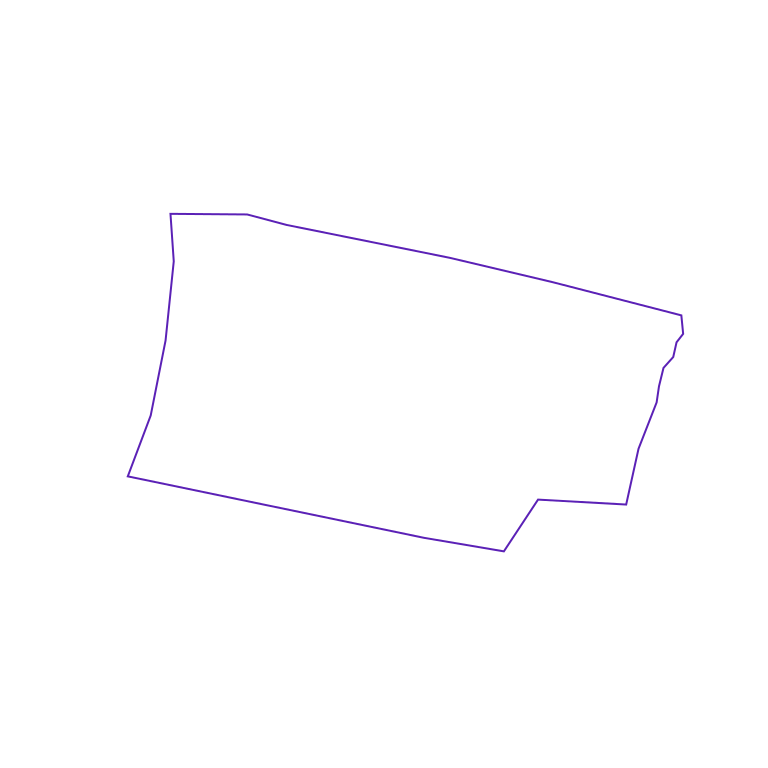 Asau, Tuvalu (orthographic projection), rotated 210°
{"feature_id": "33948139B37363318127022", "entity_name": "Asau", "entity_type": "district", "adm_level": 2, "iso_a3": "TUV", "parent_name": "Tuvalu", "parent_adm1": "", "projection": "orthographic", "projection_center": [178.68, -7.49], "detail": "fine", "context": "isolated", "style": "outline", "palette": "violet", "viewbox_px": 768, "rotation_deg": 210, "n_neighbors": 0, "source": "geoboundaries", "source_scale": "gbopen_adm2", "svg_char_len": 430}
<svg xmlns="http://www.w3.org/2000/svg" viewBox="0 0 768 768"><g transform="rotate(210 384 384)"><path d="M559.7,175.9L272.4,270.8L196.5,299.0L192.8,360.9L114.0,400.7L131.2,455.2L138.7,504.4L144.7,519.5L150.0,537.7L147.0,552.0L151.5,566.4L150.0,577.0L160.8,592.1L288.9,556.5L390.0,526.2L547.7,473.1L587.3,462.4L654.0,424.6L627.4,385.1L594.9,312.4L570.3,240.1L559.7,175.9Z" fill="none" stroke="#5b21b6" stroke-width="2"/></g></svg>